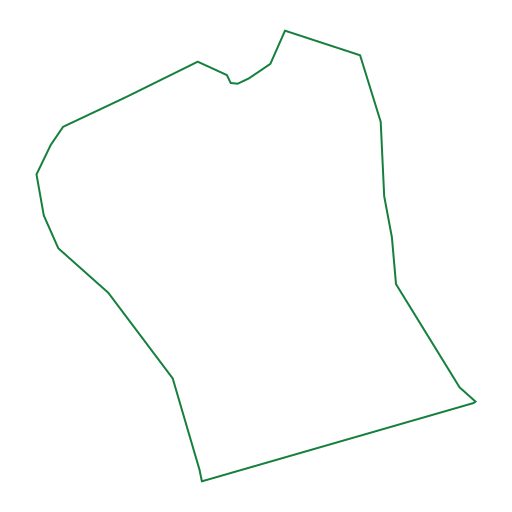 the Municipality of Šentjernej
{"feature_id": "SVN-987", "entity_name": "Šentjernej", "entity_type": "Municipality", "adm_level": 1, "iso_a3": "SVN", "parent_name": "Slovenia", "parent_adm1": "", "projection": "robinson", "projection_center": [15.351, 45.818], "detail": "fine", "context": "isolated", "style": "outline", "palette": "green", "viewbox_px": 512, "rotation_deg": 0, "n_neighbors": 0, "source": "natural_earth", "source_scale": "10m", "svg_char_len": 461}
<svg xmlns="http://www.w3.org/2000/svg" viewBox="0 0 512 512"><path d="M475.5,401.6L473.6,403.0L201.9,481.3L201.6,480.0L199.8,471.3L199.8,470.8L172.7,378.4L108.3,292.8L58.3,248.3L43.8,215.5L36.5,174.4L50.7,145.0L63.1,126.8L126.4,96.9L197.7,61.7L226.9,75.1L230.7,83.0L237.6,83.7L248.9,78.4L270.4,63.8L285.0,30.7L360.1,55.3L380.7,121.8L384.2,196.3L391.9,237.3L396.0,284.1L459.6,387.4L474.5,400.7L475.5,401.6Z" fill="none" stroke="#15803d" stroke-width="2"/></svg>